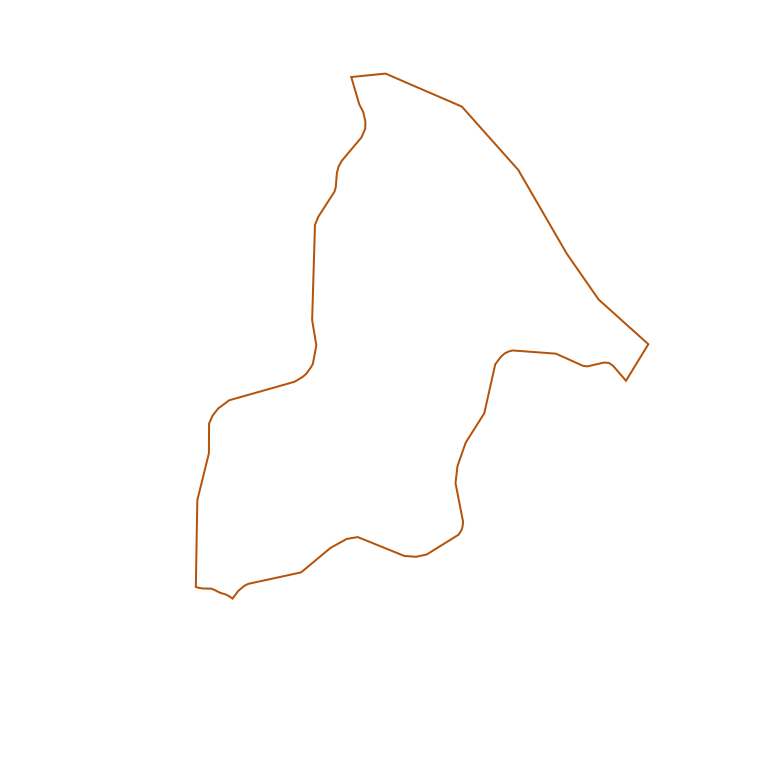 the London Borough of Southwark, rotated 34°
{"feature_id": "GBR-2771", "entity_name": "Southwark", "entity_type": "London Borough", "adm_level": 1, "iso_a3": "GBR", "parent_name": "United Kingdom", "parent_adm1": "", "projection": "robinson", "projection_center": [-0.067, 51.465], "detail": "fine", "context": "isolated", "style": "outline", "palette": "amber", "viewbox_px": 768, "rotation_deg": 34, "n_neighbors": 0, "source": "natural_earth", "source_scale": "10m", "svg_char_len": 1101}
<svg xmlns="http://www.w3.org/2000/svg" viewBox="0 0 768 768"><g transform="rotate(34 384 384)"><path d="M293.4,110.5L376.1,131.6L377.7,132.5L462.7,173.8L514.8,194.0L580.9,203.2L582.8,246.0L563.7,240.8L558.6,240.8L554.3,243.3L542.6,255.8L538.7,257.7L509.6,262.7L471.8,284.3L469.0,287.6L466.9,291.3L465.7,295.9L465.2,305.4L483.5,352.2L484.5,386.8L490.8,410.9L498.7,426.2L526.7,454.1L529.0,458.6L530.0,462.0L530.1,467.2L514.7,501.5L507.1,509.4L497.0,515.2L447.8,525.6L439.7,533.3L431.3,549.8L420.6,586.5L383.3,625.5L381.1,629.4L378.9,637.0L378.4,646.6L375.0,646.5L371.9,646.8L370.2,647.1L365.3,648.6L363.6,648.9L358.0,649.6L356.7,649.9L355.5,650.2L354.3,650.8L348.3,654.8L345.1,656.3L341.5,657.5L294.2,584.7L277.6,539.4L261.1,514.6L259.6,506.1L260.2,497.0L264.8,484.0L308.7,432.0L312.6,423.5L313.8,419.3L314.1,411.2L313.8,407.2L306.3,389.8L288.7,371.2L237.8,290.7L236.0,282.1L235.4,252.4L234.0,247.9L226.9,235.3L224.7,229.0L224.2,222.2L227.4,192.2L225.7,183.0L221.9,176.9L214.6,170.1L207.0,165.9L185.2,147.8L211.7,125.8L234.9,121.5L293.4,110.5Z" fill="none" stroke="#b45309" stroke-width="2"/></g></svg>